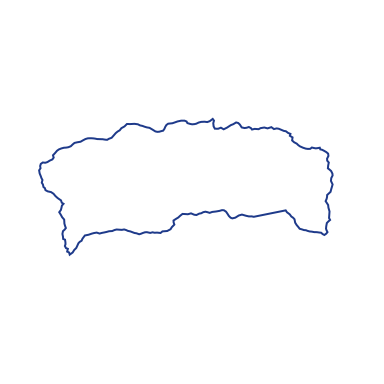 Presidente Venceslau, São Paulo, Brazil, rotated 242°
{"feature_id": "56859067B64322742628488", "entity_name": "Presidente Venceslau", "entity_type": "district", "adm_level": 2, "iso_a3": "BRA", "parent_name": "Brazil", "parent_adm1": "São Paulo", "projection": "orthographic", "projection_center": [-51.844, -21.792], "detail": "fine", "context": "isolated", "style": "outline", "palette": "blue", "viewbox_px": 384, "rotation_deg": 242, "n_neighbors": 0, "source": "geoboundaries", "source_scale": "gbopen_adm2", "svg_char_len": 3845}
<svg xmlns="http://www.w3.org/2000/svg" viewBox="0 0 384 384"><g transform="rotate(242 192 192)"><path d="M96.7,293.1L98.8,294.5L101.3,296.5L102.0,298.6L102.5,300.8L104.7,300.8L107.4,302.5L110.3,304.3L114.1,305.1L116.6,306.1L118.9,305.9L121.2,305.7L122.7,307.6L124.2,308.9L125.9,309.9L126.4,311.8L127.1,314.4L129.2,316.3L131.1,318.2L132.7,319.7L134.9,319.8L136.6,319.9L138.9,321.5L140.6,323.9L142.3,324.6L145.2,324.7L147.3,323.9L149.1,323.1L151.5,324.7L153.8,326.6L156.2,326.1L158.0,326.9L159.8,329.4L162.0,330.2L164.2,329.3L166.3,328.0L168.2,326.7L169.4,325.3L171.1,325.6L171.7,323.7L172.4,321.8L173.5,320.4L175.0,318.7L174.6,316.7L175.6,314.6L176.9,312.8L179.0,310.8L181.7,308.7L183.6,307.8L185.5,307.2L188.0,305.5L190.5,304.6L193.0,306.4L195.7,304.8L197.1,306.2L199.0,304.6L201.6,303.4L202.8,301.8L204.4,300.5L207.1,298.3L208.4,296.6L209.1,293.9L212.0,292.5L212.7,288.6L215.0,286.1L216.2,282.5L216.2,280.3L218.3,277.0L219.0,274.3L220.8,274.0L222.7,272.7L223.1,270.3L223.8,268.4L225.7,266.2L229.1,265.9L231.2,265.2L232.7,263.6L232.5,260.3L232.8,257.7L232.4,253.1L232.5,249.4L235.2,247.7L235.6,244.7L237.2,241.9L239.8,241.9L242.8,243.1L244.7,244.9L246.8,244.6L246.2,240.9L246.6,238.3L248.2,236.0L249.6,233.0L250.2,230.5L250.3,227.8L250.8,226.0L251.7,223.9L253.0,222.3L255.0,220.3L256.8,220.3L258.5,218.9L260.1,215.8L261.1,212.3L261.5,209.5L261.9,207.0L262.7,205.0L263.5,203.0L263.2,200.9L262.1,199.0L260.7,197.3L259.7,195.3L260.2,193.3L260.6,191.4L261.4,189.6L262.7,188.1L265.5,186.5L268.6,184.6L270.3,182.4L272.0,180.7L273.6,179.3L275.2,177.4L277.2,176.0L279.2,173.2L281.0,169.3L282.6,166.5L281.6,163.2L281.5,159.6L280.4,157.1L280.3,154.7L279.8,152.3L278.8,149.7L277.6,146.5L278.0,143.6L277.9,141.6L279.0,139.9L280.6,137.8L281.9,135.5L283.3,133.1L284.7,131.4L285.9,129.7L287.3,127.3L288.3,125.2L288.8,122.8L288.8,119.7L288.7,117.2L289.8,113.9L290.5,111.3L290.0,108.9L289.3,106.5L289.6,103.8L290.3,101.7L291.2,99.7L291.8,97.1L292.1,94.5L291.8,92.2L290.6,89.2L289.7,86.5L287.3,86.0L286.3,84.0L286.5,81.1L286.3,78.4L286.7,76.2L288.1,74.1L287.8,71.7L286.2,70.1L284.1,69.4L282.9,67.2L279.9,66.2L276.8,65.9L275.0,65.6L272.8,65.6L270.7,63.7L268.7,63.9L266.1,63.2L264.5,63.9L262.4,63.5L260.3,64.9L258.1,67.5L255.5,68.9L252.6,69.5L249.8,70.5L248.0,71.4L246.1,72.4L243.7,72.0L241.9,73.0L241.1,70.8L239.2,69.2L237.7,67.8L236.5,65.3L233.1,65.5L230.7,65.5L227.7,66.2L225.7,65.3L224.0,64.5L221.6,64.0L219.4,63.7L218.6,62.0L218.0,59.7L215.8,57.9L213.1,57.1L211.0,56.2L209.5,57.5L207.2,56.7L205.3,55.8L204.0,54.4L201.6,54.4L200.1,55.7L198.0,53.8L196.3,55.1L194.1,54.6L194.6,58.2L196.1,60.8L196.9,63.5L198.1,65.1L200.1,67.7L200.7,69.5L200.8,71.6L202.2,73.4L203.1,75.3L203.9,77.0L202.8,80.7L202.3,83.9L201.8,86.1L200.9,88.8L198.7,90.9L198.2,93.2L197.4,95.8L196.8,98.0L196.3,100.3L195.0,103.2L194.8,105.7L194.3,107.8L192.6,110.5L191.5,112.3L190.8,114.5L189.3,116.0L187.8,117.1L186.1,119.1L182.8,122.0L181.6,123.6L179.5,125.5L179.1,127.3L178.9,129.4L178.5,131.6L177.7,133.3L175.5,135.9L174.9,138.3L173.6,139.8L172.6,142.0L170.6,145.0L171.1,147.4L169.2,151.8L169.2,155.6L170.4,157.6L171.5,161.1L173.8,161.5L175.5,162.3L175.8,165.5L175.9,167.8L176.6,170.5L177.1,173.3L175.8,175.5L174.3,177.9L173.6,181.1L170.9,183.3L169.6,185.1L169.5,188.3L168.9,190.1L168.9,192.5L168.3,194.6L167.1,196.0L165.3,197.8L164.9,200.5L163.5,204.1L162.4,207.5L161.9,210.0L160.9,211.6L158.7,212.8L156.3,213.1L153.5,213.3L151.2,214.0L149.8,215.2L149.0,218.2L149.3,222.3L148.6,225.5L145.6,228.6L143.8,230.7L142.5,233.2L141.1,234.9L131.8,266.1L129.6,266.3L126.4,267.8L123.7,268.2L121.8,269.2L119.8,269.7L116.5,268.7L113.6,268.9L111.4,269.4L109.0,269.8L107.3,271.6L105.8,273.0L104.8,274.6L103.4,275.8L101.9,277.4L100.8,279.1L99.2,281.1L97.9,283.4L96.5,285.3L95.4,286.9L93.5,287.6L91.9,288.7L92.2,291.0L93.0,292.8L94.8,292.8L96.7,293.1Z" fill="none" stroke="#1e3a8a" stroke-width="2"/></g></svg>